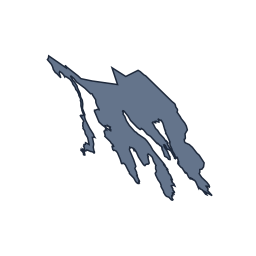 outline of Berg nor, Troms, Norway, rotated 227°
{"feature_id": "86288312B25142202859534", "entity_name": "Berg nor", "entity_type": "district", "adm_level": 2, "iso_a3": "NOR", "parent_name": "Norway", "parent_adm1": "Troms", "projection": "equal_earth", "projection_center": [17.457, 69.45], "detail": "fine", "context": "isolated", "style": "filled", "palette": "slate", "viewbox_px": 256, "rotation_deg": 227, "n_neighbors": 0, "source": "geoboundaries", "source_scale": "gbopen_adm2", "svg_char_len": 5844}
<svg xmlns="http://www.w3.org/2000/svg" viewBox="0 0 256 256"><g transform="rotate(227 128 128)"><path d="M138.8,77.3L138.2,77.5L138.3,77.7L137.8,78.2L141.1,80.1L140.0,81.5L140.4,81.9L140.4,82.4L139.2,83.4L136.2,84.7L135.4,85.4L134.1,86.0L133.0,86.0L132.7,86.4L133.3,87.1L134.7,87.6L137.7,89.5L139.6,92.0L145.4,95.5L144.9,95.9L144.9,96.7L143.8,97.3L145.4,97.6L146.9,98.4L153.8,99.7L162.4,102.2L164.7,103.2L166.5,104.5L167.0,105.4L173.3,108.0L176.4,111.3L179.5,113.5L182.8,114.4L186.0,116.5L191.6,118.3L193.6,119.4L197.9,120.2L201.2,120.3L203.3,121.1L204.5,121.1L204.8,121.3L204.4,121.5L204.5,121.8L201.3,122.2L196.7,121.8L186.7,123.6L178.5,124.0L177.8,124.9L176.9,125.0L176.3,124.6L170.7,123.6L168.4,121.8L165.6,120.6L161.3,119.6L161.2,119.4L162.0,119.3L161.4,119.1L162.6,118.3L162.7,117.5L163.1,117.0L163.3,115.8L163.8,115.6L163.3,115.0L152.1,110.9L147.7,111.2L144.1,111.9L143.9,112.2L145.2,112.9L142.7,114.8L143.0,114.9L141.1,115.3L142.1,115.3L140.7,115.8L140.5,115.5L141.3,114.8L139.8,114.5L140.2,114.4L138.3,114.2L137.8,113.5L142.6,112.3L142.3,112.0L142.9,111.4L141.9,111.1L142.7,110.9L141.7,111.0L141.4,110.8L142.1,109.9L141.7,109.2L142.0,108.3L138.2,106.3L137.8,105.4L130.2,105.8L127.7,105.3L126.6,105.7L125.6,105.4L125.8,105.3L124.9,104.7L125.2,104.6L124.7,104.6L125.0,104.2L126.2,104.4L125.1,104.1L125.2,103.6L122.6,102.2L121.4,102.2L121.1,102.9L119.1,103.6L117.0,103.4L110.4,101.0L106.6,99.1L106.2,99.1L105.9,99.5L106.3,99.6L105.1,100.8L103.0,101.0L96.2,99.0L95.2,99.0L93.7,98.0L87.5,98.1L83.6,97.1L81.7,97.1L80.5,97.5L80.1,98.0L80.7,98.3L80.2,98.8L81.6,99.5L81.1,99.8L81.2,100.1L86.8,101.8L86.5,102.1L87.3,102.7L88.6,103.1L89.8,104.1L93.8,105.4L94.6,107.6L101.0,110.5L110.3,113.9L111.3,114.4L112.7,116.2L111.9,116.4L112.0,116.6L111.2,117.3L109.9,117.8L108.9,117.9L108.7,117.5L108.4,117.4L108.9,118.1L108.3,118.2L105.2,117.8L107.7,117.3L104.8,117.7L99.6,115.9L91.3,114.4L89.5,114.4L88.9,114.7L89.1,116.6L88.1,117.7L88.2,118.1L87.7,118.4L87.9,119.6L93.1,122.6L93.0,123.2L94.5,123.5L95.1,124.1L94.8,124.6L95.2,125.1L93.2,125.7L90.0,125.8L86.2,124.0L81.4,122.9L81.3,122.2L79.3,120.3L77.4,119.6L76.7,118.8L76.4,117.1L74.8,116.2L69.6,114.6L66.2,114.2L63.6,113.2L62.7,112.2L57.6,110.9L56.5,110.1L53.0,109.4L51.4,109.7L49.5,110.7L45.8,110.7L45.0,111.3L45.3,111.7L44.3,111.9L46.4,112.3L48.4,113.5L48.7,114.0L47.9,114.4L48.2,115.0L49.9,116.0L48.7,116.5L50.0,117.0L50.0,117.4L49.5,117.4L49.5,117.7L48.7,117.7L50.0,118.4L52.2,118.5L52.8,119.3L54.2,119.5L54.5,119.9L55.7,119.9L55.9,120.4L56.3,120.5L55.2,122.1L53.7,122.7L55.8,123.4L58.6,123.3L58.9,123.5L58.5,123.7L59.0,124.0L61.5,124.3L59.4,124.6L61.6,125.2L61.8,125.5L61.3,125.6L64.6,126.8L67.3,126.8L68.8,127.7L71.1,128.1L70.9,128.4L70.3,128.3L70.3,128.6L71.0,128.9L76.8,129.1L77.4,129.5L76.8,129.8L77.6,129.9L94.7,131.0L99.9,132.3L105.8,133.0L108.7,133.0L116.9,131.1L119.3,131.0L120.8,130.5L128.8,130.7L134.3,131.7L138.7,133.5L141.3,133.8L142.8,135.2L144.0,135.5L144.1,136.1L143.6,136.5L142.5,136.6L136.9,136.2L131.7,135.0L122.1,135.2L118.6,135.8L118.3,136.8L118.6,137.4L116.1,138.1L110.5,137.7L106.5,138.8L96.8,138.7L96.3,138.9L96.4,139.3L93.4,139.4L91.7,139.9L90.7,139.8L90.5,139.1L89.6,138.9L88.9,138.2L87.0,137.8L82.3,135.6L79.2,136.6L77.5,136.3L76.4,137.0L76.6,137.4L76.4,137.5L78.0,138.7L79.1,138.9L78.4,139.0L78.6,139.2L79.4,139.1L83.8,140.8L89.3,141.6L88.7,142.3L89.5,142.7L90.8,142.4L91.0,142.5L90.5,142.8L91.7,143.0L89.7,143.4L85.0,141.8L85.9,142.3L85.1,142.9L82.0,143.7L74.6,141.9L74.2,141.4L72.6,141.8L76.1,142.6L77.7,143.8L82.2,144.2L83.6,144.8L84.4,144.7L88.7,145.7L89.9,146.1L89.9,146.5L89.0,146.3L89.9,147.1L92.3,147.2L92.1,146.8L92.7,146.7L96.2,147.3L102.4,147.3L106.0,148.0L108.9,147.8L113.7,149.2L115.2,149.3L115.4,150.1L114.5,151.3L113.3,151.3L112.9,151.8L114.1,152.5L113.7,152.8L113.8,153.2L111.2,154.6L112.4,155.7L114.4,156.2L112.2,156.6L112.0,156.9L110.4,157.2L110.5,157.5L107.7,156.8L101.8,153.8L101.0,153.8L101.1,153.5L97.8,152.0L97.9,151.8L96.2,151.6L89.2,149.2L89.3,148.9L86.9,147.1L83.0,145.9L80.6,144.8L76.7,144.0L75.5,143.3L72.8,143.0L72.5,143.1L73.2,143.2L73.4,143.6L73.0,144.0L69.1,142.2L69.4,141.8L68.2,141.3L68.8,141.0L68.2,140.3L67.3,140.1L63.5,139.9L61.7,140.3L56.1,139.2L55.9,139.3L56.8,139.7L54.9,140.2L50.9,138.9L48.5,138.8L48.6,139.2L47.6,139.6L48.3,139.9L46.8,140.5L45.3,140.4L44.5,141.0L42.3,140.8L37.9,139.3L37.0,139.4L36.8,138.8L35.6,138.5L36.0,139.1L35.8,139.2L35.2,139.0L34.8,139.5L34.0,139.4L31.9,140.1L26.6,139.6L25.5,140.1L28.7,140.9L21.2,143.4L28.1,143.6L28.5,144.6L29.0,145.1L32.2,145.4L31.6,146.2L29.3,147.2L29.5,147.6L31.2,148.3L34.5,148.6L41.6,148.2L46.1,148.9L46.6,150.3L48.7,152.2L47.5,153.9L48.0,156.7L50.6,159.9L59.5,161.5L62.6,161.2L70.0,161.9L74.1,161.5L78.1,159.8L79.3,159.9L81.4,161.4L81.1,162.3L81.5,163.1L84.8,165.7L86.1,170.1L89.7,172.0L93.1,172.9L98.5,173.3L100.7,173.9L106.2,174.7L106.9,176.0L108.0,176.9L110.6,177.2L112.8,178.4L114.0,178.7L117.5,178.2L154.1,176.5L155.8,175.9L160.8,175.4L163.3,174.7L167.2,161.5L183.0,157.4L166.9,150.0L186.9,133.8L196.2,127.2L200.3,127.0L214.1,124.8L216.7,124.8L214.3,123.7L234.8,119.2L233.3,117.3L233.0,115.7L226.7,115.4L224.2,114.6L221.7,113.3L218.3,112.7L215.9,113.1L210.5,113.1L214.1,114.7L215.6,115.7L215.9,116.7L213.0,117.2L210.5,117.1L208.5,116.6L208.7,117.2L207.6,117.8L203.2,118.8L199.9,118.5L197.5,117.5L193.9,117.1L191.8,116.1L189.5,116.0L186.1,114.9L185.2,114.2L181.4,113.1L180.7,112.0L178.8,111.0L176.2,108.6L173.1,107.0L172.5,106.4L168.5,104.8L167.8,103.7L167.9,103.3L169.4,102.4L169.4,101.8L170.1,101.6L163.2,100.4L162.5,98.3L161.7,97.9L160.5,96.4L158.8,95.5L158.4,94.8L155.6,94.5L152.8,92.8L148.4,91.9L142.5,88.3L146.2,86.9L145.1,85.6L145.9,84.5L144.8,83.4L144.9,83.1L143.1,82.5L142.1,81.4L142.6,81.2L142.5,80.8L143.3,80.5L142.8,80.4L142.6,79.8L144.2,79.0L143.8,78.8L143.7,78.4L141.9,78.6L140.2,78.3L138.8,77.3Z" fill="#64748b" stroke="#1e293b" stroke-width="1.5"/></g></svg>